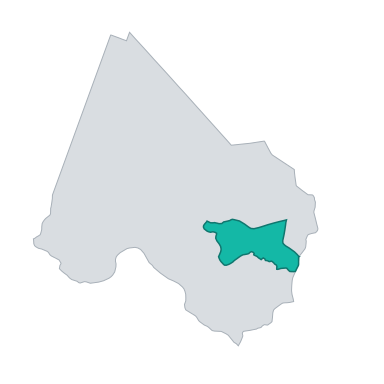 location of Ash Shati' within Libya, rotated 200°
{"feature_id": "LBY-2967", "entity_name": "Ash Shati'", "entity_type": "Municipality", "adm_level": 1, "iso_a3": "LBY", "parent_name": "Libya", "parent_adm1": "", "projection": "mercator", "projection_center": [12.752, 27.893], "detail": "fine", "context": "in_parent", "style": "filled", "palette": "teal", "viewbox_px": 384, "rotation_deg": 200, "n_neighbors": 0, "source": "natural_earth", "source_scale": "10m", "svg_char_len": 4684}
<svg xmlns="http://www.w3.org/2000/svg" viewBox="0 0 384 384"><g transform="rotate(200 192 192)"><path d="M62.5,121.6L64.5,120.6L67.4,119.4L68.8,118.6L69.5,117.8L71.6,114.8L72.7,113.1L74.2,110.8L74.9,109.2L74.9,107.8L74.7,106.0L73.5,101.7L72.5,97.5L73.3,95.9L73.9,95.1L75.2,93.1L75.7,92.7L78.6,92.1L79.7,90.8L80.6,89.2L80.8,88.3L82.1,87.4L83.6,86.5L84.5,85.3L87.5,83.5L90.2,81.8L93.4,80.1L95.9,78.7L96.4,77.5L96.4,76.5L95.0,74.1L95.0,71.4L95.1,69.0L95.2,67.7L95.8,63.9L95.9,63.3L98.4,64.6L101.1,65.1L108.9,69.8L111.4,70.4L116.8,71.0L123.3,69.0L125.7,68.7L130.0,70.5L131.8,71.0L135.0,71.2L140.4,72.8L141.7,73.4L144.9,76.0L146.4,76.8L157.5,79.1L159.0,80.7L160.6,83.7L160.6,87.5L161.5,90.2L162.9,93.7L164.6,96.2L166.4,98.2L168.5,99.5L173.4,101.4L178.9,102.1L184.5,102.4L194.0,105.0L202.1,108.0L204.1,109.5L208.1,111.0L216.2,118.0L220.6,120.4L223.8,120.9L226.6,120.5L231.6,118.0L233.7,116.6L238.7,110.5L240.4,107.3L241.0,105.1L240.9,102.8L240.2,100.7L238.8,98.5L237.9,95.7L237.3,90.5L238.1,86.9L239.0,84.8L240.5,82.6L244.7,78.4L248.9,75.4L256.3,71.5L260.6,71.4L262.4,71.0L266.0,68.2L267.4,68.1L269.4,68.8L275.2,68.6L277.8,69.4L280.9,71.1L284.7,72.2L287.5,73.2L290.4,74.6L291.0,78.0L290.7,79.0L290.7,80.3L293.7,82.7L302.3,83.8L304.0,84.4L306.3,86.2L307.8,86.7L313.7,87.0L317.1,86.6L320.4,87.2L321.6,87.8L322.9,89.2L324.4,92.6L325.0,93.7L324.3,94.3L323.4,95.4L322.8,96.5L321.3,98.2L320.0,100.0L320.1,102.7L320.4,105.4L321.3,108.0L322.0,111.0L321.8,112.9L321.2,115.2L320.4,117.2L317.9,121.2L317.5,122.2L317.6,123.5L319.2,128.3L319.3,129.8L320.2,134.4L321.0,138.1L322.0,141.1L322.1,141.9L322.1,146.2L322.1,150.5L322.1,154.8L322.1,159.1L322.1,163.4L322.1,167.6L322.1,171.9L322.1,176.1L322.1,180.4L322.1,184.6L322.1,188.8L322.1,193.0L322.1,197.3L322.1,201.5L322.1,205.6L322.1,209.8L322.1,214.0L322.1,218.2L322.1,222.3L322.1,226.5L322.1,230.6L322.1,234.8L322.1,238.9L322.1,243.0L322.1,247.1L322.1,251.3L322.1,255.4L322.1,259.5L322.1,263.5L322.1,267.6L322.1,271.7L322.1,275.8L322.1,284.8L322.1,293.8L322.1,302.7L322.1,311.6L321.9,311.8L317.8,311.8L313.6,311.8L309.5,311.7L305.3,311.7L305.3,314.0L305.3,316.2L305.3,318.4L305.3,320.7L297.3,316.4L289.2,312.2L281.2,308.0L273.2,303.7L265.1,299.5L257.1,295.3L249.0,291.0L241.0,286.7L232.9,282.5L224.9,278.2L216.9,273.9L208.8,269.6L200.8,265.3L192.7,261.0L184.7,256.7L176.6,252.4L171.1,249.4L165.1,252.3L160.4,254.6L154.2,257.6L147.1,261.5L141.6,264.5L141.4,264.5L141.1,264.4L135.5,259.3L131.0,255.3L129.1,254.2L120.7,252.2L112.4,250.2L103.6,248.1L102.1,244.8L100.3,241.2L97.9,236.7L96.4,233.9L95.9,233.4L89.2,231.2L82.1,229.1L78.0,230.4L77.3,230.3L76.1,229.5L74.9,228.3L74.3,226.8L72.6,224.7L71.1,219.8L70.9,216.0L70.6,214.6L66.9,209.2L63.6,204.2L61.3,200.9L60.9,199.4L61.2,197.6L62.1,195.9L65.3,194.0L68.2,191.8L68.6,190.4L68.8,186.3L67.9,185.0L67.2,182.6L66.4,179.3L66.4,177.2L67.7,173.0L69.2,168.5L68.2,163.7L67.5,153.8L68.0,146.0L67.6,143.2L67.3,142.0L66.3,138.3L65.1,134.5L64.6,133.1L63.0,130.0L60.4,126.2L59.0,123.8L60.9,122.6L62.5,121.6Z" fill="#d9dde1" stroke="#a8b0b8" stroke-width="1"/><path d="M69.4,167.9L69.5,167.8L69.5,167.0L67.1,160.5L66.9,159.4L67.7,152.7L68.4,152.4L69.3,151.9L70.6,151.5L72.1,151.0L72.9,150.8L74.5,151.4L76.9,152.8L78.0,152.6L79.5,151.9L81.0,151.2L82.5,150.5L83.4,149.7L83.7,149.5L84.9,148.7L85.9,148.4L86.4,149.5L86.6,150.8L87.7,152.2L89.8,152.6L90.6,153.2L92.8,154.1L93.9,154.1L95.0,153.3L95.7,153.0L97.3,153.2L97.9,153.2L99.6,152.8L100.6,154.0L102.5,154.4L103.0,153.6L103.3,153.2L103.9,152.1L106.0,152.7L106.8,152.8L108.9,153.7L110.1,153.8L111.4,153.9L112.5,154.1L112.6,155.6L114.1,156.3L115.7,156.3L116.9,155.1L117.5,153.7L118.4,152.9L119.4,152.3L120.9,151.4L122.7,150.4L124.5,148.4L126.0,146.2L127.0,144.7L128.0,143.3L128.9,141.9L129.7,140.2L131.0,138.5L132.0,137.3L132.9,136.4L134.8,134.9L136.3,134.4L137.6,134.7L138.6,135.3L140.8,136.4L142.6,137.7L144.0,139.2L144.9,140.3L144.8,141.4L144.7,143.3L144.6,145.6L144.9,147.7L145.6,149.2L146.6,150.7L147.6,151.6L148.8,152.6L151.9,154.6L153.9,156.7L154.4,158.8L154.4,160.3L154.8,161.7L156.6,162.0L158.7,161.8L160.9,160.5L163.1,160.3L164.5,160.4L166.6,161.1L167.9,161.5L169.3,163.0L169.6,164.5L169.2,166.1L168.5,167.9L167.9,169.4L167.9,169.8L164.0,169.4L161.5,170.3L160.5,170.9L157.5,171.3L155.7,171.5L153.2,172.6L152.0,174.7L149.9,176.0L148.2,177.1L146.6,178.2L145.9,179.2L144.8,180.1L143.1,180.4L137.5,181.0L131.5,179.8L126.8,178.4L124.2,177.9L121.2,178.7L117.2,181.3L113.9,183.8L109.4,187.3L104.4,190.9L99.9,194.0L95.9,196.6L93.7,198.1L93.4,195.5L92.8,193.0L91.8,188.1L91.1,184.3L90.7,181.7L90.1,177.3L89.2,175.2L87.7,174.2L85.6,173.4L81.6,172.6L78.4,171.7L75.2,170.8L71.9,169.3L69.5,167.9L69.4,167.9Z" fill="#14b8a6" stroke="#0f766e" stroke-width="1.5"/></g></svg>